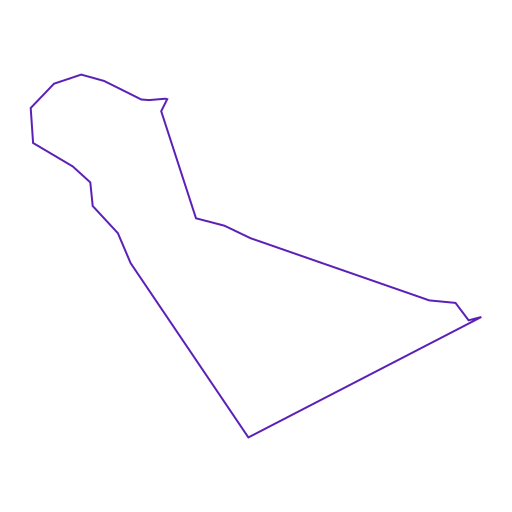 Capital Hill, Castries, Saint Lucia
{"feature_id": "8701671B59019630539263", "entity_name": "Capital Hill", "entity_type": "district", "adm_level": 2, "iso_a3": "LCA", "parent_name": "Saint Lucia", "parent_adm1": "Castries", "projection": "robinson", "projection_center": [-60.991, 13.993], "detail": "fine", "context": "isolated", "style": "outline", "palette": "violet", "viewbox_px": 512, "rotation_deg": 0, "n_neighbors": 0, "source": "geoboundaries", "source_scale": "gbopen_adm2", "svg_char_len": 425}
<svg xmlns="http://www.w3.org/2000/svg" viewBox="0 0 512 512"><path d="M481.3,317.0L468.6,320.3L455.5,302.9L429.3,300.4L250.5,238.2L224.4,225.7L196.0,218.3L161.2,111.2L167.2,99.2L165.5,98.7L149.0,100.1L141.3,99.5L104.2,81.0L81.2,74.6L54.0,83.7L30.7,108.0L33.1,143.0L70.8,165.3L72.6,166.3L90.3,182.4L92.7,206.0L117.9,233.2L130.6,263.1L247.8,436.6L248.4,437.4L481.3,317.0Z" fill="none" stroke="#5b21b6" stroke-width="2"/></svg>